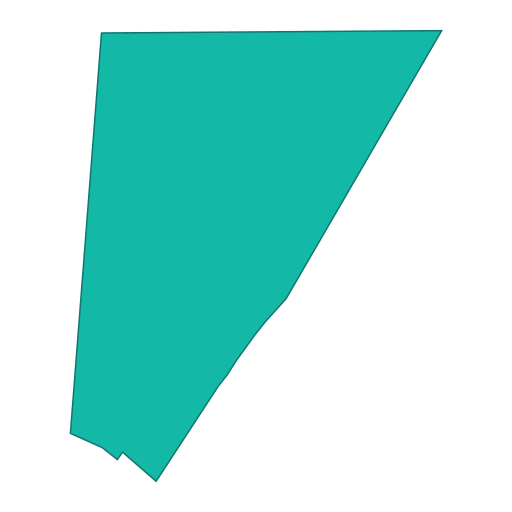 Teyarett, Nouakchott, Mauritania (Natural Earth projection)
{"feature_id": "47542326B65700672861559", "entity_name": "Teyarett", "entity_type": "district", "adm_level": 2, "iso_a3": "MRT", "parent_name": "Mauritania", "parent_adm1": "Nouakchott", "projection": "natural_earth1", "projection_center": [-15.928, 18.147], "detail": "fine", "context": "isolated", "style": "filled", "palette": "teal", "viewbox_px": 512, "rotation_deg": 0, "n_neighbors": 0, "source": "geoboundaries", "source_scale": "gbopen_adm2", "svg_char_len": 308}
<svg xmlns="http://www.w3.org/2000/svg" viewBox="0 0 512 512"><path d="M286.1,298.7L441.6,30.7L432.0,30.7L101.5,33.0L70.4,433.4L102.2,447.6L117.4,459.6L122.5,452.1L156.1,481.3L218.3,386.2L227.1,375.0L236.7,360.0L255.1,334.6L265.2,321.9L286.1,298.7Z" fill="#14b8a6" stroke="#0f766e" stroke-width="1.5"/></svg>